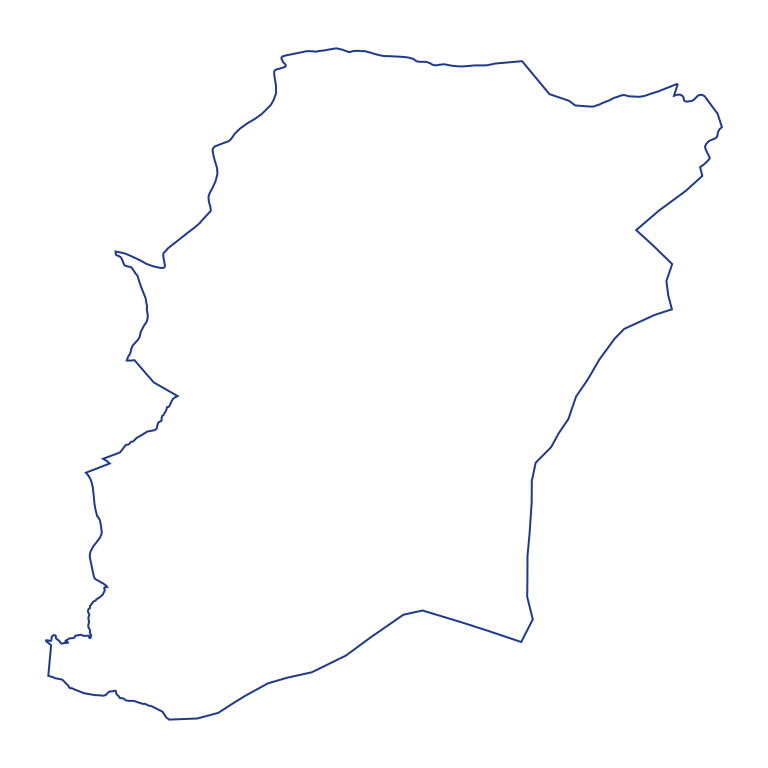 Abuakwa North, Eastern, Ghana, rotated 270°
{"feature_id": "2480657B42374646075926", "entity_name": "Abuakwa North", "entity_type": "district", "adm_level": 2, "iso_a3": "GHA", "parent_name": "Ghana", "parent_adm1": "Eastern", "projection": "equal_earth", "projection_center": [-0.382, 6.235], "detail": "fine", "context": "isolated", "style": "outline", "palette": "blue", "viewbox_px": 768, "rotation_deg": 270, "n_neighbors": 0, "source": "geoboundaries", "source_scale": "gbopen_adm2", "svg_char_len": 5970}
<svg xmlns="http://www.w3.org/2000/svg" viewBox="0 0 768 768"><g transform="rotate(270 384 384)"><path d="M516.5,115.6L514.9,115.6L514.0,115.7L512.9,116.3L511.9,119.0L510.5,121.0L507.9,122.3L504.6,123.6L502.5,124.7L501.8,126.6L501.2,129.8L500.5,131.5L498.3,133.1L495.1,135.1L492.2,137.5L488.6,138.6L481.8,140.8L472.1,144.7L468.8,145.9L465.7,146.2L463.5,146.7L462.2,147.0L458.1,146.9L455.9,147.3L452.0,147.8L448.6,147.4L446.1,146.6L442.7,144.2L436.3,140.8L430.9,139.6L427.9,137.7L422.7,132.9L418.9,131.1L416.5,130.9L413.4,129.5L410.8,127.9L407.5,126.8L407.4,130.7L407.8,134.5L394.1,146.3L385.5,153.9L371.9,177.6L370.1,174.0L369.2,173.0L366.0,171.2L361.9,169.4L361.2,168.8L360.8,167.0L358.1,166.4L352.9,163.4L351.9,162.1L349.4,161.5L348.1,161.8L347.2,161.4L345.3,158.1L344.3,157.9L339.3,156.6L338.4,155.6L337.8,154.4L336.3,146.7L335.0,145.2L334.5,144.0L333.7,143.0L330.1,136.7L327.1,133.7L326.4,132.7L326.2,131.0L324.1,129.3L323.4,128.3L323.1,125.9L315.6,120.1L309.2,103.1L306.9,106.9L304.5,109.7L295.3,85.9L292.7,88.2L291.0,89.2L288.7,90.5L285.0,91.8L281.0,92.7L275.0,93.4L273.5,93.6L263.9,94.5L260.2,95.2L258.8,95.4L253.2,96.8L251.7,97.2L251.4,97.8L250.5,98.3L249.4,99.0L247.8,99.9L242.1,101.0L240.6,101.2L236.0,101.7L233.4,101.4L230.0,99.7L225.2,96.1L221.9,93.4L217.2,90.9L215.9,90.4L213.7,89.8L210.4,89.9L199.3,92.2L198.3,92.4L191.8,93.8L189.9,94.5L188.8,95.5L187.3,98.2L183.9,104.1L182.3,106.1L181.0,107.1L180.5,104.5L179.8,104.2L179.1,104.4L178.6,104.5L177.9,104.8L177.5,104.7L176.0,104.0L173.1,102.5L170.6,99.6L168.5,96.2L167.6,95.8L166.2,93.1L164.1,91.8L162.1,90.0L159.9,89.9L158.8,88.4L156.4,87.9L153.3,89.3L150.4,88.4L145.9,89.0L142.8,88.3L141.2,88.3L137.6,90.1L135.3,89.8L132.5,91.3L131.7,90.7L130.3,90.7L129.9,90.3L130.0,89.8L130.3,89.2L132.3,88.7L132.1,83.9L133.3,80.3L132.8,78.9L132.5,76.1L131.9,75.0L130.6,74.6L130.0,73.4L129.5,69.1L127.9,66.9L127.4,65.6L126.6,65.6L126.0,66.0L126.0,67.5L125.4,67.9L124.9,65.6L125.1,64.5L124.4,62.1L124.7,60.9L127.0,59.3L129.4,56.2L130.3,55.8L132.1,55.8L132.8,54.7L132.8,53.5L131.3,51.7L127.8,51.4L127.2,50.8L127.0,50.2L127.7,48.0L127.7,46.2L126.9,46.1L122.8,51.1L118.2,50.7L92.2,48.3L90.9,52.8L89.8,55.1L88.5,61.8L87.8,62.9L82.4,68.2L80.7,69.1L79.9,69.9L79.8,71.7L79.4,72.9L78.4,74.8L77.3,77.6L76.2,80.5L75.7,81.7L74.8,83.9L73.3,92.5L72.7,96.2L72.9,97.5L72.4,102.3L72.3,102.7L72.4,103.5L72.7,105.2L73.6,106.4L75.6,108.2L76.5,109.9L76.7,111.4L76.6,112.7L77.4,114.9L77.0,115.8L74.4,116.3L73.0,117.2L72.3,118.2L69.9,120.1L69.6,123.3L68.0,125.4L67.4,126.7L67.1,129.6L67.1,133.8L64.1,142.8L64.1,145.2L63.6,146.2L62.4,148.5L61.8,151.6L56.9,161.3L56.2,162.6L52.1,165.2L50.4,166.4L48.7,168.9L48.4,169.1L49.5,197.2L55.1,218.2L64.9,233.4L72.0,244.9L84.6,267.8L90.2,286.9L95.7,311.7L112.5,346.0L130.8,370.9L153.3,403.4L157.5,422.5L146.0,460.5L137.5,487.0L126.0,521.2L148.6,532.8L171.2,527.2L189.6,527.4L212.1,527.5L234.7,529.6L265.8,531.7L287.0,531.8L305.3,535.7L320.8,551.1L334.9,558.8L349.0,568.4L359.9,572.1L371.5,576.1L388.4,587.7L408.2,599.2L429.3,614.6L439.1,624.2L453.1,654.7L458.7,671.9L472.9,668.2L487.0,666.4L503.9,672.2L522.3,653.3L537.9,636.2L557.6,659.2L577.3,686.0L592.1,702.3L600.9,700.1L603.2,703.5L605.9,706.5L607.4,707.9L609.0,709.2L609.8,709.7L610.6,709.6L617.4,706.2L620.6,705.1L621.4,705.1L623.8,706.0L627.1,709.1L628.1,711.6L629.6,715.1L630.5,716.4L631.9,717.2L632.7,717.5L635.3,717.8L638.4,719.2L640.9,721.9L654.3,717.6L657.1,715.5L671.5,704.8L672.0,704.3L673.2,701.9L673.1,699.5L671.8,697.3L669.0,694.7L668.2,693.6L667.4,692.5L666.9,691.2L666.4,686.7L666.8,685.1L667.7,684.0L670.5,683.5L672.3,682.3L673.3,680.1L673.4,678.9L673.1,676.4L672.2,674.0L683.5,677.6L684.0,676.9L676.6,658.2L675.2,653.8L673.9,649.6L672.7,646.5L671.9,643.8L671.5,641.3L671.2,639.1L671.7,628.8L672.1,627.4L672.8,625.1L672.9,623.4L672.6,621.3L671.0,617.1L670.6,615.6L670.2,614.1L667.8,609.7L665.1,602.7L663.3,599.0L663.1,598.0L661.6,594.2L661.4,592.3L661.6,587.3L662.6,575.1L667.2,569.0L673.9,549.4L687.9,537.8L706.8,522.1L704.4,494.5L703.9,492.9L703.3,489.8L702.7,486.7L702.6,482.5L702.6,478.7L702.6,474.6L702.2,470.6L701.9,466.5L701.6,463.9L701.6,461.5L701.6,459.2L701.8,457.0L702.1,453.8L702.4,451.1L703.2,447.2L703.7,444.6L703.6,442.3L703.2,439.2L702.7,436.1L702.7,434.9L703.1,433.0L703.6,431.9L704.8,430.0L705.5,428.1L706.1,426.4L706.2,424.3L706.2,420.6L706.4,417.6L707.2,415.8L708.3,414.5L709.1,413.2L709.6,411.4L710.3,409.1L710.7,406.7L711.2,401.8L711.4,397.5L711.6,394.2L711.7,391.1L711.9,388.9L711.9,387.1L711.9,385.2L712.0,383.6L712.1,383.0L713.0,378.6L714.3,373.8L715.6,369.7L716.3,366.6L716.8,365.3L716.9,364.1L716.8,362.1L717.2,357.8L717.1,354.7L716.8,352.7L716.3,351.1L716.0,350.3L716.0,348.6L716.5,347.5L717.0,345.6L718.2,342.8L718.7,340.4L719.3,338.3L719.6,336.9L719.5,335.2L718.5,329.2L717.5,324.2L717.4,322.2L717.1,320.3L716.8,318.1L716.3,315.5L716.7,312.9L716.8,309.8L716.9,307.1L715.2,299.0L714.5,295.4L712.7,286.4L711.6,282.5L710.7,281.6L709.5,281.4L705.5,283.4L703.6,285.4L702.5,285.8L701.4,285.3L701.1,284.9L700.9,284.4L699.6,280.4L698.5,276.3L697.8,275.0L696.4,274.2L693.3,274.2L687.8,275.1L682.9,275.9L674.8,276.1L671.8,275.0L668.4,273.8L663.2,271.0L660.8,268.6L658.7,266.5L653.8,261.5L649.4,255.3L644.4,246.9L640.8,242.0L639.3,239.9L634.1,234.6L630.6,232.3L630.1,231.8L628.8,230.8L627.5,229.7L626.6,228.2L625.8,225.9L624.6,222.6L623.4,219.5L622.3,216.7L621.9,215.8L621.6,214.9L620.5,213.7L619.4,213.0L617.3,212.6L612.3,213.5L607.4,214.8L599.9,217.1L593.9,217.4L592.8,217.1L586.6,215.5L584.5,214.5L580.1,212.5L575.5,210.0L571.7,208.5L566.7,208.8L561.0,210.4L557.2,210.8L553.6,207.6L552.7,206.7L552.1,206.1L549.4,203.7L546.5,201.0L545.5,200.2L545.1,200.0L544.2,198.9L541.9,196.3L539.9,193.8L538.7,192.2L537.2,190.3L534.6,186.9L519.9,168.2L516.6,165.3L515.5,163.9L514.1,163.4L512.5,163.2L508.3,163.8L503.0,164.9L501.4,164.9L500.3,163.9L500.0,162.1L500.3,159.3L501.7,153.2L504.0,146.6L507.5,140.5L510.5,134.1L512.7,129.3L514.3,125.5L515.1,122.6L516.5,115.6Z" fill="none" stroke="#1e3a8a" stroke-width="2"/></g></svg>